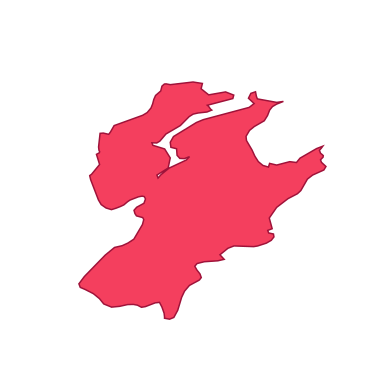 the border of Pembrokeshire, rotated 159°
{"feature_id": "GBR-2106", "entity_name": "Pembrokeshire", "entity_type": "Unitary Authority (wales)", "adm_level": 1, "iso_a3": "GBR", "parent_name": "United Kingdom", "parent_adm1": "", "projection": "equal_earth", "projection_center": [-4.902, 51.855], "detail": "fine", "context": "isolated", "style": "filled", "palette": "rose", "viewbox_px": 384, "rotation_deg": 159, "n_neighbors": 0, "source": "natural_earth", "source_scale": "10m", "svg_char_len": 2437}
<svg xmlns="http://www.w3.org/2000/svg" viewBox="0 0 384 384"><g transform="rotate(159 192 192)"><path d="M281.6,244.0L279.5,244.5L268.4,250.8L267.7,261.4L264.6,261.8L263.8,262.6L263.9,264.3L263.1,267.5L256.8,279.7L253.7,278.8L249.1,275.7L246.8,277.1L240.9,281.9L210.6,281.3L205.4,282.2L200.2,285.1L197.2,288.3L194.5,292.1L191.4,295.2L185.0,297.5L182.1,301.6L179.1,302.7L177.4,302.2L173.8,300.0L151.6,294.3L143.4,289.6L146.5,285.1L141.6,276.7L124.8,273.4L118.3,267.5L120.4,264.6L146.6,267.5L145.8,266.0L145.0,262.8L144.2,261.4L149.3,261.3L158.1,263.6L163.0,264.3L167.6,263.4L179.1,258.2L195.5,255.5L203.8,251.0L207.3,250.4L211.8,252.3L211.8,249.6L202.1,242.0L200.1,231.6L205.7,222.9L218.7,220.4L218.7,217.2L214.7,219.3L204.9,222.5L185.8,223.9L181.6,225.9L187.2,225.9L191.3,227.7L192.8,231.6L190.9,237.9L195.7,241.3L194.5,246.2L189.4,250.4L163.0,255.3L155.6,255.5L108.3,250.5L102.3,252.3L105.7,259.3L101.7,263.0L96.8,262.8L97.6,258.2L97.6,255.5L80.8,245.3L74.2,243.8L81.5,243.7L86.3,242.9L90.1,240.7L94.1,236.3L99.0,232.6L110.4,230.8L116.2,228.9L121.6,224.6L122.7,220.5L120.9,209.7L120.5,203.0L119.2,196.6L116.3,191.4L111.7,187.9L109.3,190.9L103.3,186.8L89.9,185.3L83.9,182.1L79.0,184.9L60.1,187.9L53.5,187.9L55.8,186.4L58.1,185.3L58.1,182.1L57.0,180.2L56.4,178.9L57.2,177.5L60.5,176.0L60.5,173.3L57.8,167.8L61.0,165.3L73.3,164.6L79.6,162.7L89.8,154.4L94.2,152.6L104.7,151.4L118.5,147.3L129.2,140.0L130.3,129.0L135.1,129.0L135.1,126.3L131.0,123.6L131.6,120.7L135.3,118.5L140.9,117.6L150.1,118.1L154.0,118.9L172.1,126.6L178.6,126.6L188.4,123.4L186.1,117.6L192.5,118.5L205.5,122.5L212.9,123.4L216.0,121.7L215.4,117.5L213.9,112.6L214.0,108.8L216.6,107.2L227.9,105.7L234.5,102.1L239.4,97.4L247.7,86.7L253.9,81.4L258.5,81.3L262.9,84.0L262.5,85.0L262.4,85.3L261.5,88.8L261.3,95.3L261.9,100.6L266.1,101.7L270.9,101.7L276.6,101.7L280.5,102.5L283.5,105.9L287.1,108.1L292.5,110.0L300.6,111.2L308.5,113.4L308.7,113.7L314.5,119.1L316.6,125.6L320.5,132.4L326.6,139.2L330.5,143.0L330.5,146.8L322.7,151.7L295.6,164.2L284.2,168.0L276.4,166.9L270.1,167.3L263.2,168.8L249.9,179.4L246.9,183.6L247.2,185.8L252.4,189.6L253.0,192.3L252.7,195.7L249.1,197.6L240.9,198.7L237.9,202.2L238.2,204.8L240.0,206.0L243.7,206.7L248.2,206.7L252.7,206.7L255.7,206.0L260.2,204.4L264.1,204.1L268.9,204.1L273.5,204.4L278.0,207.9L281.3,212.8L282.2,218.1L282.2,224.6L282.2,232.6L282.2,239.8L281.7,243.5L281.6,244.0Z" fill="#f43f5e" stroke="#9f1239" stroke-width="1.5"/></g></svg>